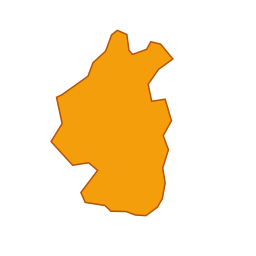 the border of Birmingham, rotated 133°
{"feature_id": "GBR-5690", "entity_name": "Birmingham", "entity_type": "Metropolitan Borough", "adm_level": 1, "iso_a3": "GBR", "parent_name": "United Kingdom", "parent_adm1": "", "projection": "equal_earth", "projection_center": [-1.881, 52.484], "detail": "fine", "context": "isolated", "style": "filled", "palette": "amber", "viewbox_px": 256, "rotation_deg": 133, "n_neighbors": 0, "source": "natural_earth", "source_scale": "10m", "svg_char_len": 601}
<svg xmlns="http://www.w3.org/2000/svg" viewBox="0 0 256 256"><g transform="rotate(133 128 128)"><path d="M207.3,118.5L179.7,121.3L180.3,133.1L193.0,143.1L190.4,175.0L169.7,179.2L154.3,201.2L149.1,199.1L117.5,192.6L104.1,198.1L87.0,196.8L71.1,203.5L63.9,202.5L60.4,192.6L70.6,180.2L71.1,174.9L57.8,168.0L49.4,170.2L44.4,161.3L46.9,142.3L64.3,145.7L82.3,143.1L92.3,128.9L81.6,120.5L93.0,101.2L109.6,97.0L116.3,83.6L133.6,75.3L142.9,63.3L156.3,54.7L165.7,52.5L179.9,55.1L186.7,63.4L190.4,72.4L200.5,83.7L200.4,92.0L211.6,108.5L207.3,118.5Z" fill="#f59e0b" stroke="#b45309" stroke-width="1.5"/></g></svg>